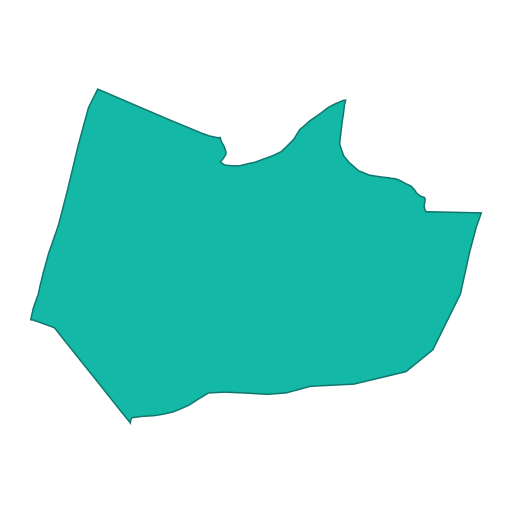 the district of Paix Bouche, Castries, Saint Lucia
{"feature_id": "8701671B69138058153877", "entity_name": "Paix Bouche", "entity_type": "district", "adm_level": 2, "iso_a3": "LCA", "parent_name": "Saint Lucia", "parent_adm1": "Castries", "projection": "robinson", "projection_center": [-60.942, 14.018], "detail": "fine", "context": "isolated", "style": "filled", "palette": "teal", "viewbox_px": 512, "rotation_deg": 0, "n_neighbors": 0, "source": "geoboundaries", "source_scale": "gbopen_adm2", "svg_char_len": 3266}
<svg xmlns="http://www.w3.org/2000/svg" viewBox="0 0 512 512"><path d="M97.7,89.1L88.4,107.9L81.7,132.5L78.1,145.8L67.8,188.9L60.7,216.5L58.7,224.2L55.3,234.4L54.7,235.6L54.5,236.1L54.4,236.8L54.2,237.5L54.1,237.8L53.8,238.4L53.5,238.9L53.4,239.7L53.1,240.5L52.9,241.2L52.7,241.5L52.5,242.1L52.3,242.8L52.2,243.2L52.1,243.8L51.7,244.7L51.3,245.8L51.0,246.5L50.9,246.9L50.7,247.2L50.5,247.9L50.2,248.8L50.1,249.3L49.9,249.8L49.7,250.3L49.5,250.9L49.2,251.4L49.0,252.3L48.7,253.2L48.5,253.7L48.3,254.7L47.9,255.8L47.8,256.3L47.5,257.4L47.3,257.8L47.0,259.0L46.8,260.1L46.6,260.5L46.5,261.1L46.3,261.8L46.2,262.1L46.2,262.4L45.9,263.0L45.6,264.1L45.4,265.0L45.1,266.3L44.8,267.2L44.7,267.7L44.4,268.5L44.2,269.5L44.0,270.1L43.8,271.0L43.5,271.6L43.4,272.1L43.0,273.2L42.9,274.1L42.8,274.8L42.2,277.3L41.8,278.0L41.7,279.4L41.4,280.4L41.2,281.2L41.2,281.5L41.1,282.0L40.8,282.8L40.7,283.2L40.4,284.3L40.2,285.2L40.1,286.0L39.8,286.9L39.6,288.0L39.3,289.5L39.0,290.7L39.0,291.4L38.8,292.0L38.7,292.3L38.4,293.1L38.3,293.5L38.2,294.3L38.1,294.9L38.0,295.4L37.7,296.1L37.3,296.7L37.3,297.0L36.8,298.0L36.7,298.5L36.5,299.1L36.4,299.4L36.2,300.0L35.6,301.5L35.6,302.1L35.3,302.5L35.1,303.0L34.2,305.6L34.1,306.0L33.9,306.5L33.7,307.1L33.4,308.3L33.2,308.6L33.0,309.0L33.0,309.5L32.8,309.9L32.8,310.3L32.7,311.0L32.6,311.4L32.5,312.0L32.4,312.4L32.2,313.1L32.0,313.7L31.9,314.3L31.5,315.8L31.5,316.1L31.4,316.7L31.2,317.6L31.2,318.2L30.7,319.4L30.8,319.8L31.6,319.9L32.2,319.8L32.8,319.9L33.5,320.2L34.2,320.5L35.0,320.7L35.3,320.8L36.0,321.1L36.6,321.3L37.7,321.6L38.6,322.0L39.3,322.3L39.6,322.4L40.3,322.5L40.9,322.9L42.1,323.1L42.7,323.4L43.3,323.7L44.3,324.1L44.8,324.2L45.2,324.3L46.1,324.7L46.7,324.9L47.9,325.2L48.3,325.5L49.3,325.9L49.7,326.1L50.3,326.3L51.0,326.4L51.7,326.6L52.1,326.9L52.5,327.1L52.9,327.3L53.5,327.5L54.5,327.9L54.9,328.4L72.4,350.4L97.6,381.9L120.2,410.4L130.3,422.9L130.3,422.4L130.4,421.8L130.6,421.1L130.7,420.7L130.9,419.7L131.2,419.0L131.4,418.6L131.9,417.7L136.9,417.1L143.2,416.3L154.7,415.6L163.7,414.1L173.3,411.9L184.4,407.2L188.7,405.3L192.8,402.7L197.7,399.5L203.1,396.2L208.6,392.9L223.8,392.2L225.9,392.2L228.4,392.3L243.2,392.9L260.1,393.9L266.9,394.3L273.1,393.9L286.1,392.9L305.8,387.6L310.5,386.3L318.1,385.9L354.0,384.1L359.4,382.8L398.1,373.5L400.4,373.0L405.9,371.7L420.5,359.8L432.9,349.7L460.4,294.1L469.4,253.1L469.6,252.1L476.4,226.7L479.8,217.2L481.3,212.9L426.0,211.7L424.7,209.1L424.2,205.4L424.9,201.8L425.1,198.8L424.3,197.4L421.1,196.4L418.4,194.7L416.6,193.0L414.2,189.4L411.3,186.3L408.5,184.9L405.4,183.5L400.4,180.7L398.3,179.7L396.5,179.1L394.2,178.5L393.4,178.4L392.7,178.6L391.7,178.5L389.3,177.8L382.1,177.1L369.2,175.1L358.4,170.6L349.1,162.4L343.7,155.9L340.9,148.0L339.7,144.0L339.7,142.6L340.4,136.8L342.2,121.7L343.6,112.5L344.5,104.8L345.5,100.7L345.7,100.2L344.0,100.2L335.4,103.7L328.6,107.2L321.2,112.9L310.1,120.6L299.6,129.8L294.0,139.0L287.2,146.0L281.1,151.7L272.4,155.9L264.4,158.7L255.1,162.2L248.3,163.6L239.7,165.8L232.3,165.8L224.9,165.1L220.3,162.0L222.3,159.8L223.1,158.6L224.6,156.5L225.8,154.3L226.0,152.3L225.1,149.1L224.0,146.1L222.2,143.1L220.7,139.8L220.3,137.5L218.1,137.8L209.2,135.9L201.6,133.2L165.1,118.0L97.7,89.1Z" fill="#14b8a6" stroke="#0f766e" stroke-width="1.5"/></svg>